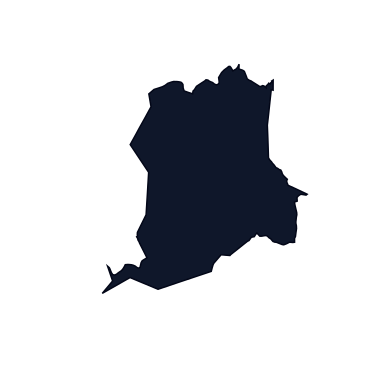 outline of Santana do Matos, Rio Grande do Norte, Brazil, rotated 141°
{"feature_id": "56859067B30783601838270", "entity_name": "Santana do Matos", "entity_type": "district", "adm_level": 2, "iso_a3": "BRA", "parent_name": "Brazil", "parent_adm1": "Rio Grande do Norte", "projection": "robinson", "projection_center": [-36.666, -5.904], "detail": "fine", "context": "isolated", "style": "filled", "palette": "ink", "viewbox_px": 384, "rotation_deg": 141, "n_neighbors": 0, "source": "geoboundaries", "source_scale": "gbopen_adm2", "svg_char_len": 2423}
<svg xmlns="http://www.w3.org/2000/svg" viewBox="0 0 384 384"><g transform="rotate(141 192 192)"><path d="M141.5,91.4L139.6,92.3L136.7,95.1L133.8,97.8L132.1,100.1L131.2,101.9L130.2,103.3L126.7,106.8L124.9,108.3L123.6,110.1L120.3,116.9L118.7,119.7L116.0,118.7L113.9,121.6L112.2,122.0L109.9,122.0L108.5,121.4L105.3,117.8L103.9,117.8L109.6,129.7L113.1,136.7L112.2,139.8L111.4,141.1L109.9,141.9L110.3,144.4L110.6,147.5L110.3,149.5L109.6,151.1L109.2,153.2L110.1,154.6L110.6,156.6L111.4,158.0L111.2,161.5L111.4,163.8L111.2,165.6L111.4,167.3L111.3,169.0L111.0,170.5L99.1,186.2L91.4,196.5L83.7,204.1L66.0,221.7L64.9,220.1L58.5,227.9L60.4,228.1L60.7,226.7L62.0,227.3L63.3,226.8L63.9,228.3L65.5,227.8L67.5,227.8L68.8,226.3L69.4,229.3L70.4,230.4L71.9,230.5L73.2,231.8L73.6,233.3L74.1,234.7L74.9,237.1L75.8,239.7L76.2,241.1L77.2,242.8L77.9,245.2L77.1,247.4L75.4,252.8L76.0,254.8L78.1,258.0L75.0,261.7L77.8,260.3L80.2,259.8L84.0,260.4L83.4,264.3L83.5,265.8L84.6,266.5L86.3,266.4L90.1,266.6L93.8,266.2L99.3,264.2L101.3,260.9L102.3,259.7L103.5,259.3L105.5,259.8L106.6,261.6L107.1,264.1L108.7,267.0L109.2,269.0L110.5,270.4L112.2,270.3L115.7,270.7L118.8,271.0L122.0,271.3L124.6,270.4L125.7,270.0L127.7,269.8L129.7,267.9L130.6,269.3L132.0,271.4L134.5,275.5L133.4,278.4L131.4,281.2L131.2,282.7L131.5,284.3L133.1,286.2L134.3,287.4L136.7,289.4L138.8,290.4L142.4,291.7L145.7,291.8L148.7,292.4L152.7,293.9L157.0,295.6L163.8,295.4L170.2,284.0L181.4,279.4L193.1,274.7L198.6,272.4L207.0,269.0L210.2,267.7L213.3,234.6L218.4,229.0L227.6,218.9L242.0,203.2L259.8,195.0L261.2,193.5L261.9,192.2L263.2,192.1L263.4,190.4L264.3,188.3L264.4,186.8L264.9,185.4L268.4,169.2L272.0,169.7L274.0,169.9L276.0,169.1L279.9,166.1L281.7,166.6L282.4,168.4L282.7,170.0L283.7,172.0L284.7,173.4L286.1,174.8L287.5,176.1L289.6,177.5L291.3,176.7L293.2,176.0L294.5,175.6L296.4,175.3L300.2,175.6L302.5,175.6L304.4,176.2L305.6,177.6L305.4,179.9L304.7,182.3L304.2,183.8L303.9,185.3L304.3,187.5L309.7,172.8L325.5,169.7L294.0,164.5L279.6,137.8L260.4,130.7L227.0,118.2L223.9,120.5L221.4,122.2L219.9,122.9L208.9,124.9L202.5,118.8L201.2,119.0L179.9,118.8L178.3,118.4L176.1,119.0L174.4,119.5L171.7,118.1L169.5,118.9L167.4,119.3L167.1,115.0L165.6,113.8L163.1,112.4L161.8,111.5L161.1,110.1L161.0,108.2L160.3,106.1L160.2,102.6L159.2,100.9L158.1,99.9L155.0,94.4L153.9,93.2L151.1,92.3L147.8,91.6L145.4,89.3L143.9,88.4L141.5,91.4Z" fill="#0f172a" stroke="#020617" stroke-width="1.5"/></g></svg>